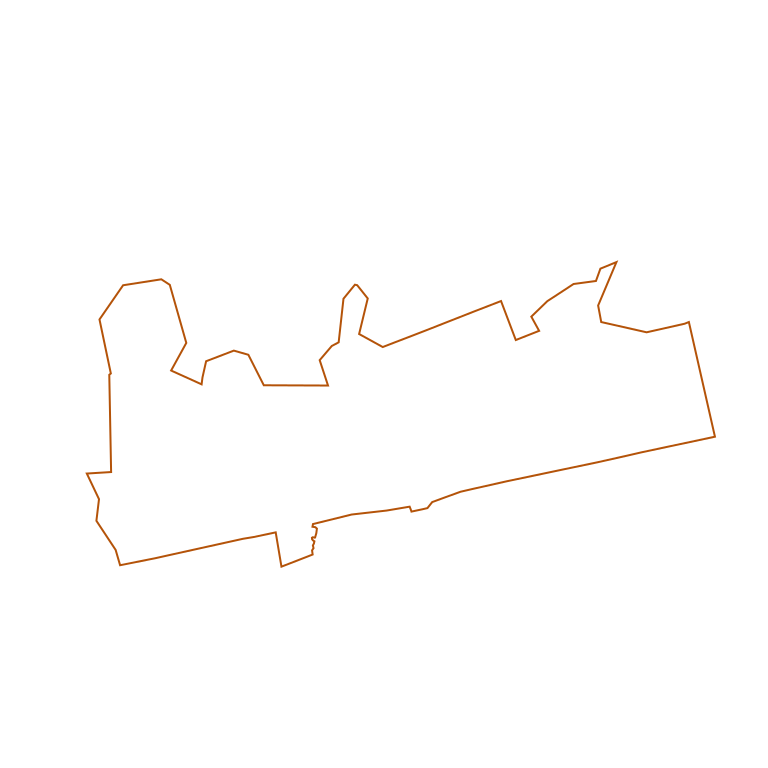 the district of Hampden, Massachusetts, United States of America, rotated 347°
{"feature_id": "52423323B82042063785598", "entity_name": "Hampden", "entity_type": "district", "adm_level": 2, "iso_a3": "USA", "parent_name": "United States of America", "parent_adm1": "Massachusetts", "projection": "mercator", "projection_center": [-72.662, 42.171], "detail": "fine", "context": "isolated", "style": "outline", "palette": "amber", "viewbox_px": 768, "rotation_deg": 347, "n_neighbors": 0, "source": "geoboundaries", "source_scale": "gbopen_adm2", "svg_char_len": 1287}
<svg xmlns="http://www.w3.org/2000/svg" viewBox="0 0 768 768"><g transform="rotate(347 384 384)"><path d="M86.1,501.2L115.6,502.1L121.7,502.3L135.4,502.4L211.8,503.1L222.8,503.8L245.1,504.2L243.0,538.9L270.8,534.9L276.1,534.1L276.5,529.9L278.4,528.1L278.4,525.3L279.8,523.7L280.8,521.6L279.7,520.5L279.0,519.1L279.2,517.6L280.2,517.3L281.8,518.1L282.3,518.1L284.5,514.1L286.1,509.8L284.9,508.1L282.2,507.0L283.3,504.5L323.1,503.9L358.1,507.9L381.4,509.3L382.1,514.3L382.1,514.5L393.2,514.7L398.4,514.7L404.4,509.9L417.9,508.2L434.3,506.2L446.9,506.2L481.7,506.4L521.0,507.2L541.2,507.6L574.3,508.3L605.1,508.5L619.1,508.5L648.6,509.0L694.6,509.8L695.0,392.2L690.5,392.9L651.5,392.7L609.6,372.5L610.3,355.7L637.9,317.5L620.8,320.3L613.7,331.3L591.2,329.2L563.2,339.5L561.8,340.0L542.7,351.5L547.1,367.1L522.3,370.8L516.7,329.5L488.1,333.6L436.9,341.2L422.3,343.3L405.1,345.7L391.1,347.7L371.0,329.7L387.4,297.0L380.1,281.7L378.0,280.7L363.7,291.8L349.2,333.2L341.7,335.2L326.7,346.3L329.1,372.9L266.6,358.2L258.4,325.0L245.2,317.7L215.8,321.8L208.6,336.8L206.2,343.3L179.6,323.0L200.6,299.5L197.6,239.2L190.6,231.9L152.0,229.1L121.3,257.1L120.2,312.3L118.4,313.2L98.3,408.4L74.3,404.4L80.4,432.1L73.0,452.6L85.2,485.3L86.1,501.2Z" fill="none" stroke="#b45309" stroke-width="2"/></g></svg>